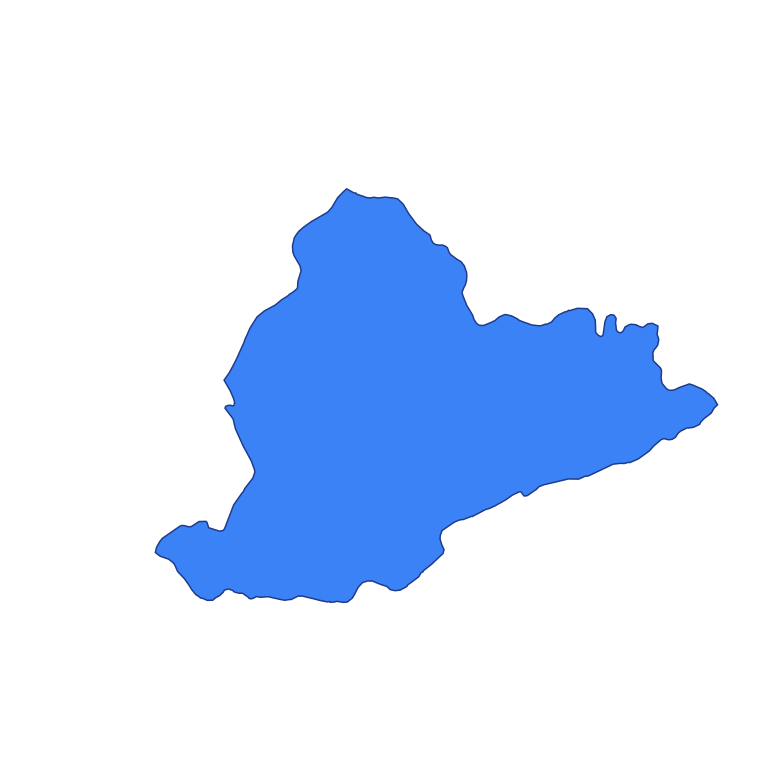 outline of Jalapa, Jalapa, Guatemala, rotated 61°
{"feature_id": "79465075B86525651589488", "entity_name": "Jalapa", "entity_type": "district", "adm_level": 2, "iso_a3": "GTM", "parent_name": "Guatemala", "parent_adm1": "Jalapa", "projection": "albers", "projection_center": [-90.024, 14.626], "detail": "fine", "context": "isolated", "style": "filled", "palette": "blue", "viewbox_px": 768, "rotation_deg": 61, "n_neighbors": 0, "source": "geoboundaries", "source_scale": "gbopen_adm2", "svg_char_len": 4226}
<svg xmlns="http://www.w3.org/2000/svg" viewBox="0 0 768 768"><g transform="rotate(61 384 384)"><path d="M459.3,124.0L460.1,130.1L457.7,132.6L454.4,134.8L451.5,138.9L451.0,141.6L451.0,145.5L453.5,148.9L454.0,151.2L453.9,152.3L452.5,153.8L450.9,154.5L449.0,154.4L444.9,152.6L443.4,152.2L439.2,149.2L435.6,149.4L434.8,150.0L433.3,152.1L433.2,156.4L436.7,160.6L446.3,167.8L447.6,169.2L447.8,171.2L445.5,172.9L441.7,173.9L433.1,169.5L430.7,168.3L423.8,167.6L416.8,169.5L411.6,178.1L411.0,180.8L409.8,186.1L409.0,186.9L409.3,188.8L408.6,190.9L408.2,197.6L409.0,202.2L409.7,204.2L410.3,205.4L410.7,206.6L411.0,207.9L410.9,209.5L410.6,213.1L409.9,213.8L409.3,217.6L408.6,219.7L405.3,224.3L404.1,226.0L396.1,233.1L395.3,233.6L394.6,234.5L391.7,235.8L387.3,238.7L385.9,239.8L382.5,243.6L382.0,244.3L381.7,245.6L381.2,251.0L382.3,256.2L382.0,261.0L381.1,268.6L378.8,272.3L375.8,273.7L371.5,274.0L366.5,273.1L355.3,273.5L344.6,272.1L341.6,271.3L338.1,267.0L336.7,264.8L333.4,261.6L330.2,259.5L326.5,257.7L319.7,256.5L314.7,257.2L309.7,260.0L305.3,261.9L304.4,262.6L300.9,263.3L295.6,262.5L293.4,263.4L291.0,265.3L289.0,268.9L287.0,271.3L284.8,272.6L281.3,272.8L276.0,271.6L269.6,274.8L260.3,278.0L247.3,279.8L236.1,280.0L228.6,282.3L225.2,286.5L224.3,287.9L221.1,292.4L218.6,298.7L215.8,302.3L214.4,306.2L212.7,308.6L204.6,315.9L203.5,315.9L202.2,317.7L198.2,320.2L195.2,322.1L196.2,326.5L198.5,334.0L201.3,339.0L204.4,344.2L206.1,349.1L206.4,350.3L206.7,368.2L207.7,377.5L209.1,384.2L210.4,387.3L212.6,391.5L218.8,397.1L224.6,399.8L228.5,400.4L240.1,400.2L244.9,401.7L252.2,409.3L258.4,413.4L259.5,418.8L259.7,423.5L260.2,424.4L260.7,432.8L262.2,440.8L262.1,453.3L263.7,462.2L265.6,465.8L268.1,470.4L270.3,474.3L274.7,480.0L277.1,483.4L280.0,486.6L287.9,497.3L288.5,497.9L293.3,504.8L299.1,513.8L303.1,522.0L315.8,521.8L324.3,522.7L327.7,523.6L330.1,525.7L329.6,527.2L328.2,528.5L327.1,530.7L326.8,533.5L328.2,534.8L341.3,532.9L351.3,535.7L369.9,537.2L387.3,537.4L396.1,538.8L398.5,539.7L402.7,544.3L407.8,556.2L410.0,559.4L410.5,561.0L416.8,574.0L433.5,593.9L434.1,596.6L433.4,597.6L433.2,599.0L424.7,607.0L419.0,605.9L417.8,606.3L414.6,612.5L415.3,621.8L413.8,624.5L412.9,625.4L412.0,626.3L411.1,627.3L409.7,629.4L409.4,631.4L411.5,652.6L413.1,656.5L416.0,661.2L416.8,662.3L420.5,665.7L426.1,663.3L429.2,660.5L432.8,657.3L437.7,655.2L440.4,654.7L448.1,655.4L457.1,653.0L465.1,652.1L470.2,651.9L477.4,650.6L478.3,649.9L482.3,648.1L483.8,646.3L487.4,643.6L490.1,638.7L489.3,634.5L489.4,632.3L489.4,630.2L488.2,625.7L486.9,623.5L487.8,619.5L491.5,616.2L492.6,616.2L493.9,615.2L497.1,611.8L498.2,609.3L504.1,606.3L506.1,605.9L507.2,604.8L507.9,603.1L508.2,598.4L510.6,595.5L513.9,588.4L521.7,579.7L525.0,575.7L526.8,570.9L527.5,569.6L527.9,561.5L529.3,559.8L529.4,558.8L538.9,548.4L541.5,545.8L547.0,539.4L547.7,537.4L548.7,537.0L550.8,532.7L551.1,530.8L555.4,525.2L556.9,521.8L555.9,515.5L553.6,511.6L549.3,505.2L547.3,499.2L548.3,493.6L549.9,491.4L550.0,490.3L558.4,483.5L562.3,479.7L566.9,478.2L570.2,474.4L572.1,469.8L572.2,462.2L571.3,461.0L569.5,447.2L567.0,443.0L567.2,441.0L566.4,440.1L564.7,429.7L560.8,414.5L558.0,411.8L552.6,411.4L546.9,410.2L543.7,408.2L540.3,404.2L538.9,389.4L539.5,384.0L541.0,380.1L542.1,371.9L542.7,371.0L543.0,356.2L544.0,351.9L544.4,345.7L544.3,333.6L543.4,325.5L543.9,317.8L544.8,316.5L549.8,315.8L550.4,314.8L551.1,312.7L549.9,301.0L548.9,298.6L549.7,292.8L556.4,268.8L561.6,259.8L562.1,253.2L563.5,249.7L565.2,222.4L568.2,215.3L570.0,212.5L571.0,208.3L571.9,207.1L572.8,198.1L571.2,184.4L568.9,177.8L567.0,168.7L567.5,165.6L570.7,162.2L572.1,158.8L571.9,154.9L569.7,150.7L569.0,147.6L569.3,140.2L570.4,138.6L570.3,137.5L571.2,136.5L572.0,133.3L572.3,127.4L570.9,125.5L569.5,121.2L568.1,112.0L565.1,106.9L564.2,103.7L563.9,102.3L556.4,102.5L549.5,105.0L548.7,105.8L546.7,106.1L542.4,108.4L535.6,113.7L534.7,114.3L531.9,117.1L531.7,118.8L530.3,126.9L529.9,133.1L528.6,136.1L527.9,137.4L525.3,139.2L518.2,140.5L513.1,138.8L508.6,135.8L506.0,134.5L503.7,134.5L494.7,137.1L492.8,136.7L490.1,135.1L488.3,134.4L487.0,133.6L485.2,131.5L483.7,127.7L482.6,125.7L479.0,122.6L477.3,121.8L472.7,121.0L470.6,119.3L466.1,116.3L461.0,119.9L459.3,124.0Z" fill="#3b82f6" stroke="#1e3a8a" stroke-width="1.5"/></g></svg>